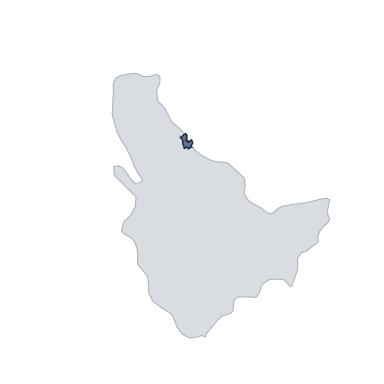 Boca Chica, Santo Domingo, Dominican Republic (highlighted), rotated 230°
{"feature_id": "3306468B37182555728177", "entity_name": "Boca Chica", "entity_type": "district", "adm_level": 2, "iso_a3": "DOM", "parent_name": "Dominican Republic", "parent_adm1": "Santo Domingo", "projection": "natural_earth1", "projection_center": [-69.616, 18.462], "detail": "fine", "context": "in_parent", "style": "filled", "palette": "slate", "viewbox_px": 384, "rotation_deg": 230, "n_neighbors": 0, "source": "geoboundaries", "source_scale": "gbopen_adm2", "svg_char_len": 3592}
<svg xmlns="http://www.w3.org/2000/svg" viewBox="0 0 384 384"><g transform="rotate(230 192 192)"><path d="M72.7,256.8L73.1,242.3L75.1,236.4L73.3,230.2L65.0,223.6L60.0,215.1L55.6,207.6L56.6,206.5L65.6,206.2L68.7,203.4L74.8,195.7L76.0,189.5L75.5,184.8L71.6,179.2L70.1,173.3L75.0,168.2L81.3,160.7L82.2,157.8L82.1,154.9L74.7,147.0L74.2,143.6L77.7,135.1L77.4,129.4L74.0,111.6L72.4,109.0L75.7,107.5L77.9,102.2L80.7,97.5L84.6,94.9L88.9,93.4L97.5,93.5L109.4,97.6L112.8,97.5L124.3,93.8L133.8,91.7L142.7,94.1L146.3,97.3L153.7,102.4L157.4,103.9L169.1,103.8L172.3,104.3L182.0,112.7L190.3,116.0L195.1,116.2L203.7,113.0L207.9,113.0L212.8,120.3L213.8,130.5L217.8,139.9L224.1,145.9L254.9,143.3L261.8,148.3L259.5,152.3L255.1,154.5L240.4,153.5L234.0,154.0L232.7,158.1L232.7,161.8L241.3,162.7L249.7,164.6L258.3,167.6L267.0,169.7L276.8,171.0L286.5,173.2L302.6,180.6L320.5,197.3L325.3,201.1L328.4,206.4L326.9,212.9L320.6,223.4L317.0,226.9L311.7,228.9L308.1,233.3L304.7,240.7L302.5,241.3L300.0,241.0L295.7,236.8L292.7,230.3L284.0,224.3L273.8,225.1L258.7,221.5L249.6,223.2L240.5,223.6L231.1,221.8L221.7,221.2L212.4,223.4L203.3,227.3L199.9,229.8L194.1,235.8L191.0,238.1L168.8,241.1L162.5,236.7L156.6,230.6L148.1,229.8L135.7,234.5L128.0,236.2L124.8,238.2L123.9,240.5L123.9,248.9L122.1,254.0L110.0,273.4L103.2,287.1L100.4,291.3L97.2,292.3L91.3,284.4L87.5,281.6L82.8,280.1L80.9,275.9L81.0,270.0L79.7,264.2L76.9,259.7L72.7,256.8Z" fill="#d9dde1" stroke="#a8b0b8" stroke-width="1"/><path d="M241.4,218.2L238.2,218.2L237.8,218.1L237.3,217.9L236.8,217.6L236.0,216.8L235.3,216.4L234.7,216.0L234.2,215.7L233.8,215.6L233.5,215.5L233.3,215.4L232.8,215.4L232.7,215.4L232.2,215.1L231.8,214.7L231.4,214.5L231.2,214.4L230.7,214.3L230.4,214.2L230.2,214.2L230.0,214.4L230.0,214.6L230.2,215.0L230.2,215.4L230.0,215.8L230.0,216.0L230.0,216.8L230.0,217.0L229.9,217.1L229.6,217.1L228.2,217.1L227.9,217.1L227.7,216.9L227.5,217.0L227.4,217.1L227.3,217.4L227.3,218.4L227.3,218.8L227.2,219.2L227.1,219.8L226.8,220.3L227.1,220.2L227.1,220.3L227.3,220.4L227.5,220.4L227.6,220.5L227.8,220.5L228.0,220.6L228.2,220.8L228.3,220.9L228.3,221.0L228.3,221.4L228.3,221.5L228.3,221.8L228.4,222.2L228.4,222.3L228.5,222.6L228.6,222.8L228.7,223.1L228.8,223.3L228.9,223.6L229.0,223.7L229.0,223.8L229.2,224.0L229.3,224.1L229.5,224.3L229.8,224.4L230.1,224.5L230.3,224.5L230.6,224.6L230.8,224.6L231.0,224.7L231.1,224.8L231.3,224.8L231.5,224.9L231.7,225.0L232.1,225.0L232.2,224.9L232.3,224.8L232.4,224.7L232.5,224.5L232.5,224.4L232.5,224.2L232.4,224.1L232.4,223.8L232.4,223.7L232.3,223.4L232.3,223.1L232.2,223.1L232.2,222.9L232.2,222.7L232.1,222.2L232.0,221.8L232.0,221.6L232.2,221.4L232.4,221.4L232.4,221.2L232.5,221.2L232.7,220.9L232.8,220.9L233.2,220.8L233.3,220.8L233.5,220.9L233.9,220.9L234.0,220.9L234.4,220.8L234.5,220.8L234.8,220.9L235.0,220.9L235.0,221.0L235.1,220.9L235.1,221.0L235.4,221.1L235.5,221.2L235.6,221.3L235.7,221.5L235.8,221.5L236.0,221.7L236.2,221.8L236.3,221.8L236.4,222.0L236.5,222.1L236.7,222.3L236.7,222.5L236.8,222.5L237.0,222.8L237.1,223.0L237.3,223.2L237.4,223.3L237.5,223.3L237.6,223.5L237.8,223.6L238.0,223.8L238.1,224.0L238.3,224.1L238.5,224.2L238.5,224.3L238.8,224.3L239.0,224.4L239.0,224.5L239.3,224.5L239.5,224.6L239.9,224.6L240.1,224.7L240.4,224.7L240.8,224.7L240.9,223.6L240.9,223.4L241.0,223.1L241.1,222.5L241.1,221.2L240.9,220.7L240.8,219.9L240.9,219.3L240.9,219.1L241.2,218.9L241.4,218.2ZM232.6,221.3L232.4,221.4L232.4,221.5L232.5,221.7L232.8,221.6L233.0,221.6L233.1,221.4L233.0,221.5L233.0,221.4L233.0,221.5L232.9,221.5L232.7,221.5L232.7,221.4L232.6,221.3Z" fill="#64748b" stroke="#1e293b" stroke-width="1.5"/></g></svg>